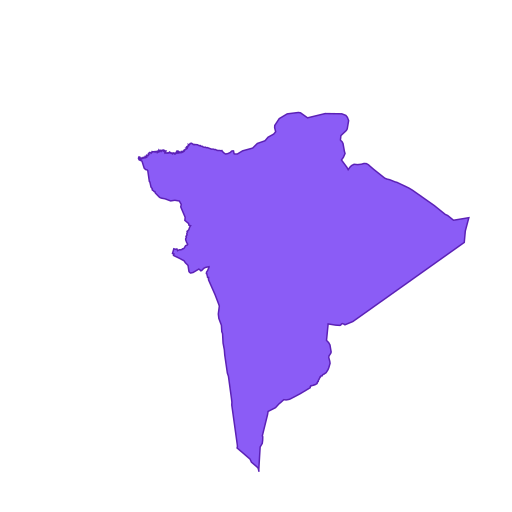 Chipata, Eastern, Zambia, rotated 309°
{"feature_id": "96606910B12043083212801", "entity_name": "Chipata", "entity_type": "district", "adm_level": 2, "iso_a3": "ZMB", "parent_name": "Zambia", "parent_adm1": "Eastern", "projection": "albers", "projection_center": [32.554, -13.744], "detail": "fine", "context": "isolated", "style": "filled", "palette": "violet", "viewbox_px": 512, "rotation_deg": 309, "n_neighbors": 0, "source": "geoboundaries", "source_scale": "gbopen_adm2", "svg_char_len": 6114}
<svg xmlns="http://www.w3.org/2000/svg" viewBox="0 0 512 512"><g transform="rotate(309 256 256)"><path d="M266.0,372.5L397.6,409.3L407.2,402.9L419.7,397.3L408.1,387.0L408.1,379.4L407.4,376.9L407.4,362.9L405.6,336.2L405.0,331.9L401.9,319.1L401.2,317.7L399.4,311.8L398.2,309.4L397.5,307.0L397.4,293.0L397.6,286.4L397.7,286.2L397.3,283.7L395.9,281.7L393.7,280.2L390.9,277.4L389.0,274.5L386.5,273.4L384.5,273.1L381.1,273.3L382.1,270.9L384.4,262.0L387.7,261.8L391.7,260.7L393.0,258.8L398.2,252.8L399.0,250.9L399.1,249.0L399.3,248.6L403.0,246.2L410.4,247.2L412.2,246.9L419.5,242.8L421.3,239.7L421.8,237.3L420.5,233.2L410.2,220.1L395.8,209.1L395.3,200.5L394.2,198.6L386.1,190.8L377.4,187.6L369.3,188.4L367.5,189.7L364.9,193.1L361.8,193.0L355.9,190.6L351.6,190.5L350.9,190.3L344.3,186.2L337.8,185.5L329.3,179.4L323.5,177.3L321.9,175.3L321.7,174.6L323.5,172.4L323.2,171.9L322.1,171.0L320.4,170.9L317.7,169.6L317.2,169.0L316.5,168.6L316.1,168.1L315.9,166.7L316.0,165.3L316.1,164.2L316.5,163.1L315.9,162.8L315.1,161.3L314.1,160.1L313.9,159.6L313.6,159.4L313.2,157.4L312.6,156.8L312.1,155.4L311.1,154.3L309.6,149.9L309.2,149.6L308.8,148.9L308.7,148.1L308.2,147.8L307.4,146.4L307.6,145.5L306.7,144.2L306.8,143.2L306.7,143.0L306.4,143.0L306.0,142.4L305.6,140.5L304.6,138.9L304.4,138.8L304.0,138.2L303.6,138.0L303.7,137.7L303.4,137.6L303.1,136.9L303.3,136.5L303.1,135.8L303.1,135.1L302.8,134.6L301.9,134.3L301.9,134.1L300.9,134.1L300.8,133.8L300.5,133.7L300.3,134.1L299.8,134.2L299.8,133.7L299.5,134.1L298.9,133.9L298.5,134.1L298.2,133.9L298.3,133.7L297.2,133.4L296.9,133.8L297.1,133.9L296.9,134.1L296.7,134.0L296.8,134.2L296.5,134.4L296.8,134.6L296.2,134.8L295.3,134.5L294.7,133.9L294.0,133.9L293.2,133.6L293.1,134.1L292.1,134.2L291.8,134.1L292.0,133.6L291.4,133.6L291.6,133.4L291.0,133.2L290.3,132.2L289.7,132.6L289.7,133.1L289.4,133.0L289.2,132.6L289.4,132.4L289.1,131.9L288.7,132.1L288.5,131.5L288.4,131.7L288.0,131.5L288.2,131.2L287.8,131.2L287.3,130.9L287.6,130.7L287.4,130.6L287.7,130.2L288.1,130.4L288.4,130.2L288.6,129.7L287.9,128.5L287.4,128.6L287.4,128.8L287.2,129.0L286.9,128.9L287.0,129.5L286.5,129.7L286.3,129.3L286.0,129.5L285.9,129.3L286.3,128.8L286.0,128.8L286.0,129.1L285.5,128.9L285.5,129.1L284.7,128.7L284.5,129.0L284.3,128.8L284.2,128.7L284.5,128.5L284.6,127.8L284.5,127.6L284.1,127.7L283.9,127.4L284.2,127.4L284.1,127.1L283.8,127.2L283.7,126.9L283.4,127.0L283.0,126.8L283.3,126.3L283.1,125.7L282.9,125.6L282.7,125.9L282.6,125.2L282.4,125.2L282.2,124.7L282.4,124.5L282.3,124.2L282.5,123.8L282.5,123.4L282.0,123.3L282.0,123.7L281.7,123.7L280.5,122.8L280.6,122.5L280.3,122.4L280.2,122.1L279.6,121.6L279.2,120.7L278.7,120.5L278.9,120.2L279.6,120.5L279.6,120.2L280.1,120.3L280.3,120.1L280.8,120.0L280.5,119.7L280.5,118.8L280.4,118.6L279.8,118.4L280.2,118.0L279.9,117.7L280.1,117.4L279.9,117.0L279.3,117.0L279.2,117.4L278.8,116.3L278.0,116.4L278.2,116.0L277.7,115.7L277.8,115.1L277.4,115.2L277.2,114.5L276.9,114.5L277.0,114.1L276.4,114.5L276.6,114.7L276.4,115.4L275.8,115.0L275.9,114.6L275.6,114.4L275.6,114.2L275.2,114.3L275.2,114.6L274.9,114.5L274.9,114.2L274.6,114.3L274.2,114.2L274.4,113.9L275.2,113.4L274.5,113.1L274.6,112.8L274.0,112.2L273.2,112.2L273.2,111.3L272.5,110.8L271.7,109.5L271.2,109.9L269.8,109.8L270.0,109.3L269.7,108.3L268.0,107.9L267.4,109.0L267.0,108.9L266.8,108.6L266.5,108.8L266.1,108.7L265.9,108.8L265.5,107.5L265.2,107.5L264.7,107.7L264.8,107.9L264.7,108.1L263.9,107.7L263.8,107.9L264.1,108.1L264.0,108.8L262.9,108.4L262.7,108.0L262.8,107.6L262.5,107.8L262.0,107.4L261.8,107.1L262.0,106.9L261.8,106.5L261.3,106.9L260.9,106.4L261.0,106.1L260.1,105.8L260.0,106.1L259.6,105.8L259.7,105.4L259.4,105.6L259.3,105.3L259.1,105.4L259.1,105.7L258.9,105.6L258.5,105.7L258.3,105.4L258.1,105.4L258.0,105.0L258.1,104.7L258.8,104.8L258.8,104.4L259.6,103.3L259.4,102.7L258.0,103.1L257.2,104.6L257.9,107.2L257.9,107.8L253.9,113.8L253.7,115.8L254.4,117.2L254.2,118.2L246.8,126.2L246.7,127.0L243.5,131.0L243.0,133.1L242.3,133.5L242.0,134.0L242.2,135.0L242.0,136.3L242.4,136.9L241.7,137.9L241.5,138.8L240.9,144.0L241.1,145.1L241.6,146.4L243.2,149.3L245.1,155.0L248.2,157.8L250.5,161.8L249.0,165.5L246.8,166.6L241.5,176.6L238.9,178.3L238.8,183.2L237.7,184.6L238.4,186.1L236.7,186.3L234.2,187.2L233.0,187.2L231.8,186.9L231.5,187.7L230.1,188.0L229.5,188.4L229.1,189.1L227.2,189.2L226.9,190.0L225.1,190.5L224.3,191.2L222.8,193.7L222.3,195.2L221.8,195.7L221.3,195.7L220.4,195.1L219.6,194.8L216.9,195.2L215.9,195.0L215.4,194.4L214.3,194.3L214.1,194.0L213.2,193.4L212.6,192.5L210.8,191.7L211.7,190.1L210.5,189.1L209.9,187.6L205.4,189.5L205.9,191.0L204.7,191.3L204.5,191.6L206.0,197.8L207.0,203.2L206.3,205.3L205.9,209.1L201.8,213.6L201.5,214.6L201.6,215.9L203.6,217.5L209.9,219.8L209.9,221.7L209.7,222.3L210.4,222.9L213.6,223.2L214.6,223.6L215.7,224.2L218.1,226.2L217.5,226.6L214.0,227.6L212.4,227.7L211.1,228.5L211.2,229.0L211.0,229.3L209.8,230.7L209.6,231.2L208.9,231.8L208.9,232.2L209.4,232.7L207.6,234.1L200.2,248.5L195.1,257.3L194.0,259.0L187.2,263.2L184.1,266.4L180.4,272.7L175.7,277.0L174.6,278.9L167.6,285.2L163.2,290.4L159.5,293.9L147.0,307.4L145.3,310.1L144.4,311.1L130.1,326.3L127.2,329.3L125.0,330.9L97.3,360.5L96.2,361.5L94.9,362.1L94.4,379.2L92.9,382.2L92.7,389.6L92.4,391.3L90.2,394.1L91.6,392.7L110.2,379.4L114.3,378.8L116.9,377.2L119.8,375.0L120.2,374.1L140.0,364.8L142.8,363.2L150.4,366.6L155.5,366.9L157.8,367.4L161.8,368.0L163.1,370.0L165.3,371.9L166.5,372.6L177.0,377.1L187.8,381.0L188.7,380.3L189.3,380.4L189.5,380.3L189.6,380.6L190.1,380.6L191.0,381.5L191.9,382.0L192.0,382.3L192.7,382.3L193.1,382.9L195.2,383.7L195.9,383.5L196.1,383.2L196.4,383.3L197.3,383.0L197.7,383.3L198.6,382.7L200.0,382.6L200.2,382.4L201.1,382.3L201.5,382.1L201.9,382.2L202.5,381.9L202.7,382.2L203.8,382.0L204.1,382.4L204.5,382.5L204.6,382.8L205.5,382.6L206.5,382.8L207.4,383.4L208.1,383.4L208.4,383.6L209.4,383.9L213.0,383.5L215.0,382.9L219.2,381.1L220.7,379.5L222.9,376.4L224.3,375.6L227.5,375.3L228.7,374.8L233.4,369.5L234.4,367.0L234.8,363.9L248.6,354.8L252.4,361.4L254.9,364.9L255.6,365.3L256.9,365.2L257.8,365.6L258.6,367.9L258.5,368.4L266.0,372.5Z" fill="#8b5cf6" stroke="#5b21b6" stroke-width="1.5"/></g></svg>